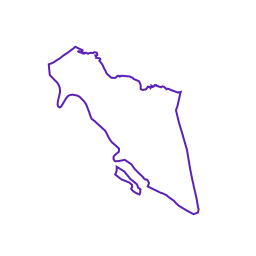 Al Munirah, Al Hudaydah, Yemen (Natural Earth projection), rotated 114°
{"feature_id": "15242507B73593637520404", "entity_name": "Al Munirah", "entity_type": "district", "adm_level": 2, "iso_a3": "YEM", "parent_name": "Yemen", "parent_adm1": "Al Hudaydah", "projection": "natural_earth1", "projection_center": [42.864, 15.354], "detail": "fine", "context": "isolated", "style": "outline", "palette": "violet", "viewbox_px": 256, "rotation_deg": 114, "n_neighbors": 0, "source": "geoboundaries", "source_scale": "gbopen_adm2", "svg_char_len": 5158}
<svg xmlns="http://www.w3.org/2000/svg" viewBox="0 0 256 256"><g transform="rotate(114 128 128)"><path d="M73.7,94.5L74.3,95.1L74.4,95.5L74.5,96.0L75.3,96.5L75.7,102.7L75.9,104.6L75.7,106.5L76.0,107.6L76.5,108.6L76.9,108.6L76.9,108.9L76.6,109.2L76.3,109.8L76.3,110.3L76.0,111.1L75.8,111.7L75.8,113.3L76.3,113.8L77.4,114.4L77.7,117.6L77.6,117.8L77.4,118.0L77.5,118.3L77.9,118.9L78.0,119.8L77.8,119.9L77.6,119.4L77.5,119.5L77.4,119.6L77.5,119.8L77.6,120.1L78.0,120.8L77.9,121.0L78.1,121.2L79.3,121.2L79.8,121.6L80.2,121.9L80.6,122.1L80.9,122.7L80.9,122.8L81.0,122.9L80.9,122.9L80.7,122.8L80.4,122.7L80.2,122.7L80.2,122.8L80.0,123.0L79.9,123.0L79.8,123.4L79.8,123.5L79.9,123.4L80.0,123.2L80.2,122.9L80.3,122.8L80.5,122.9L80.8,123.0L81.1,123.2L81.1,123.3L81.3,123.4L81.4,123.5L81.5,123.7L81.7,123.8L81.8,123.8L81.7,123.9L81.7,124.0L81.6,123.9L81.4,123.7L81.4,123.8L81.5,123.8L81.7,124.0L81.7,124.3L81.8,124.4L81.7,124.5L81.9,124.7L81.8,124.8L81.8,125.0L81.7,125.1L81.7,125.5L81.8,125.7L82.0,125.9L81.9,126.0L82.1,126.4L82.1,126.6L85.1,127.2L86.2,128.5L87.3,130.1L87.3,132.2L86.2,132.7L84.5,133.5L83.3,134.2L82.0,135.6L81.0,136.8L80.8,137.1L80.9,142.0L80.9,142.8L80.2,144.3L80.3,145.2L80.3,147.7L81.5,151.0L82.2,153.4L83.6,156.3L83.7,156.5L84.0,156.5L84.3,156.4L84.4,156.6L84.1,156.9L84.0,157.2L84.1,157.7L84.4,157.8L84.7,157.9L85.2,157.6L84.7,158.1L84.7,158.3L84.8,158.9L85.2,159.0L86.1,159.2L87.5,160.2L87.7,160.8L87.9,161.2L88.4,162.4L88.8,163.4L88.6,164.9L88.1,165.9L87.6,167.9L87.0,169.5L86.1,170.6L84.9,171.8L83.7,173.6L82.0,175.5L80.5,177.2L79.0,179.8L78.3,181.4L77.4,181.5L77.0,181.3L76.7,181.1L76.0,181.8L75.9,182.4L76.0,183.0L76.4,184.1L76.5,184.6L76.6,184.9L76.8,185.4L76.4,185.4L76.3,185.6L75.9,186.3L75.7,186.6L75.5,186.8L75.3,187.0L75.0,187.3L74.8,187.0L74.5,186.7L74.3,186.4L74.1,185.8L73.7,185.7L73.1,186.1L72.7,186.5L72.2,186.9L72.0,187.2L71.9,187.9L72.2,188.5L72.3,189.3L72.7,189.9L73.2,190.0L73.7,190.3L74.4,192.5L75.1,193.4L75.7,194.3L76.3,194.6L76.5,195.4L76.1,196.5L76.5,197.3L77.2,197.8L77.1,198.5L77.3,198.7L77.6,198.6L77.9,198.5L78.3,199.3L77.9,200.0L78.1,200.3L78.2,200.6L78.0,201.0L78.0,201.3L78.2,201.6L78.3,202.6L78.6,203.6L78.5,204.1L78.4,204.5L78.1,204.5L77.9,204.3L77.7,203.6L77.7,203.3L77.9,203.1L77.5,202.1L77.3,201.3L76.9,201.2L76.6,201.3L76.3,201.0L75.9,200.9L75.7,201.1L75.4,201.2L75.4,206.8L75.3,207.9L75.2,209.1L75.7,209.4L75.9,209.5L76.0,209.6L76.7,209.9L77.1,210.0L78.1,210.5L79.3,211.3L84.2,214.0L85.5,214.9L89.0,217.0L90.6,217.8L92.5,218.8L94.4,220.2L97.1,221.9L98.4,222.8L99.3,223.5L99.7,223.9L100.0,224.2L100.3,224.4L100.5,224.6L101.2,225.4L102.0,226.3L104.6,224.9L108.4,222.7L108.7,222.6L109.0,222.4L110.0,221.8L111.4,221.0L112.3,218.9L112.5,218.5L112.8,217.6L113.3,216.3L113.8,215.1L114.2,214.2L115.1,211.6L115.9,210.2L117.1,208.6L119.1,206.7L121.1,205.5L123.1,204.6L129.0,203.5L132.1,202.9L135.3,201.8L136.7,200.6L136.9,199.5L136.9,198.7L135.7,197.8L132.7,197.4L129.2,197.0L128.0,196.8L126.9,196.8L125.7,196.5L124.2,196.2L123.1,195.7L122.2,195.0L121.2,194.0L120.1,192.2L119.5,189.7L119.1,187.9L119.1,185.4L119.5,184.1L120.9,180.6L121.1,180.1L121.6,178.8L122.3,177.7L122.9,176.7L124.1,175.1L125.6,173.7L126.3,172.9L127.8,171.5L129.8,169.4L130.8,168.7L132.1,167.4L133.2,166.3L134.3,165.2L134.6,164.3L134.8,163.4L135.2,161.4L136.3,158.4L136.8,156.8L137.6,154.3L137.8,153.7L138.7,151.2L138.9,150.4L139.6,148.2L139.9,147.6L140.1,147.3L141.4,145.6L142.1,144.7L142.7,144.0L142.8,143.9L143.1,143.5L143.8,142.7L144.3,142.0L144.8,141.4L145.2,140.9L145.9,140.1L146.4,139.0L147.0,138.1L147.1,137.9L147.5,137.1L147.9,136.0L147.9,135.9L148.8,132.8L149.1,132.0L149.2,131.8L149.4,131.0L149.6,130.4L150.4,127.9L150.5,127.8L153.5,126.7L156.4,128.2L158.2,129.0L159.0,129.3L159.9,129.5L160.4,129.4L162.2,128.6L163.5,126.8L163.5,125.9L162.0,123.1L160.7,121.3L160.7,121.2L159.2,119.1L158.4,118.0L159.8,110.2L162.7,105.3L162.9,104.8L163.3,103.6L164.9,99.7L165.2,98.7L166.9,93.8L167.4,93.5L167.5,93.2L167.9,92.2L167.9,91.3L167.9,90.9L167.5,89.7L167.9,88.7L169.5,86.6L169.8,86.5L171.1,86.3L171.9,86.3L172.0,86.3L173.4,86.2L173.9,71.4L173.6,70.0L173.6,69.5L173.7,67.5L173.7,65.5L173.7,65.4L174.3,63.8L174.7,62.4L174.7,62.2L175.0,61.1L175.3,59.2L175.5,57.9L175.6,57.6L175.8,56.5L176.3,55.5L176.6,55.0L177.4,52.8L178.4,49.9L178.6,48.0L179.4,41.6L179.6,39.6L180.0,33.8L180.0,33.0L179.5,32.5L178.6,31.5L176.6,29.7L173.3,30.5L172.5,31.4L166.9,35.1L165.1,36.3L162.4,38.3L161.1,39.3L160.9,39.4L155.5,43.5L154.0,44.6L153.1,45.2L152.0,46.0L151.9,46.1L151.4,46.5L148.3,48.8L144.3,51.6L141.4,53.7L134.2,58.5L123.6,65.5L121.7,67.2L110.7,76.4L105.1,81.3L104.9,81.4L104.5,81.8L103.5,82.6L103.0,83.1L101.6,84.2L97.5,87.4L93.8,90.2L92.3,91.4L89.7,91.6L88.1,91.7L75.6,94.2L73.7,94.5ZM175.7,120.8L177.2,114.9L177.6,113.0L177.6,112.8L177.3,104.5L178.2,101.4L180.0,100.2L180.7,100.2L180.9,100.3L182.3,100.4L183.5,97.9L184.1,94.6L184.1,91.9L184.1,90.5L182.1,90.5L180.2,91.4L179.0,91.6L179.0,91.9L178.9,92.4L178.8,92.6L178.6,93.7L178.5,94.4L178.0,94.9L176.2,96.5L175.9,96.7L175.2,99.1L175.0,99.7L174.0,103.5L173.5,105.3L169.2,113.8L168.0,122.6L169.7,121.8L171.4,121.0L171.7,121.0L174.6,120.8L175.7,120.8Z" fill="none" stroke="#5b21b6" stroke-width="2"/></g></svg>